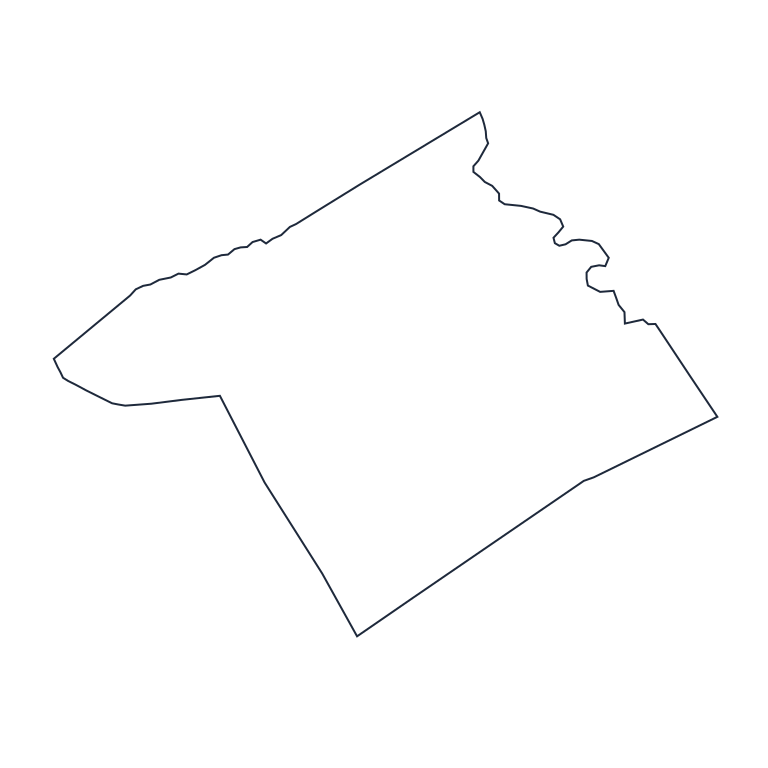 Boa Vista, Paraíba, Brazil, rotated 234°
{"feature_id": "56859067B8000436166889", "entity_name": "Boa Vista", "entity_type": "district", "adm_level": 2, "iso_a3": "BRA", "parent_name": "Brazil", "parent_adm1": "Paraíba", "projection": "equal_earth", "projection_center": [-36.175, -7.261], "detail": "fine", "context": "isolated", "style": "outline", "palette": "slate", "viewbox_px": 768, "rotation_deg": 234, "n_neighbors": 0, "source": "geoboundaries", "source_scale": "gbopen_adm2", "svg_char_len": 1318}
<svg xmlns="http://www.w3.org/2000/svg" viewBox="0 0 768 768"><g transform="rotate(234 384 384)"><path d="M598.5,131.7L589.5,129.9L583.5,129.1L577.7,128.0L572.0,130.3L565.1,133.9L560.4,136.2L554.1,139.2L543.5,144.7L528.2,152.7L523.7,156.9L518.6,161.9L504.8,184.2L490.0,211.1L470.9,244.3L374.5,229.5L266.9,222.6L195.7,213.9L194.0,281.5L188.2,488.7L185.2,498.8L161.5,634.4L211.3,636.3L265.2,638.6L273.0,638.9L277.0,633.0L283.9,631.4L291.3,614.4L300.8,620.8L310.1,620.3L316.7,622.3L324.4,624.5L331.5,613.0L343.8,606.8L349.9,609.7L355.1,613.4L357.0,620.5L353.6,627.8L349.3,632.3L354.0,640.0L370.9,640.0L377.5,636.3L386.0,626.8L389.8,620.3L390.3,613.0L392.8,607.1L397.5,605.0L402.7,607.1L404.1,614.2L406.0,621.5L413.7,623.3L421.3,620.5L431.7,611.6L438.3,607.8L447.6,599.5L458.5,587.3L464.8,585.0L470.4,589.0L480.7,588.0L488.2,584.3L495.0,583.3L503.0,581.0L507.6,584.3L509.2,591.6L517.5,609.7L522.9,611.3L528.7,614.9L534.7,617.5L540.5,619.6L547.6,621.2L559.6,481.4L563.4,430.5L565.1,406.8L566.4,400.2L564.9,388.4L567.0,379.2L567.0,371.2L573.3,369.0L576.1,361.1L575.3,353.8L578.8,348.3L581.0,342.3L580.4,333.9L583.7,328.3L586.1,320.6L585.6,309.2L587.0,298.1L588.6,288.8L594.1,282.6L595.5,274.1L600.4,263.4L601.8,253.5L605.0,246.8L606.5,238.8L604.8,230.6L598.5,131.7Z" fill="none" stroke="#1e293b" stroke-width="2"/></g></svg>